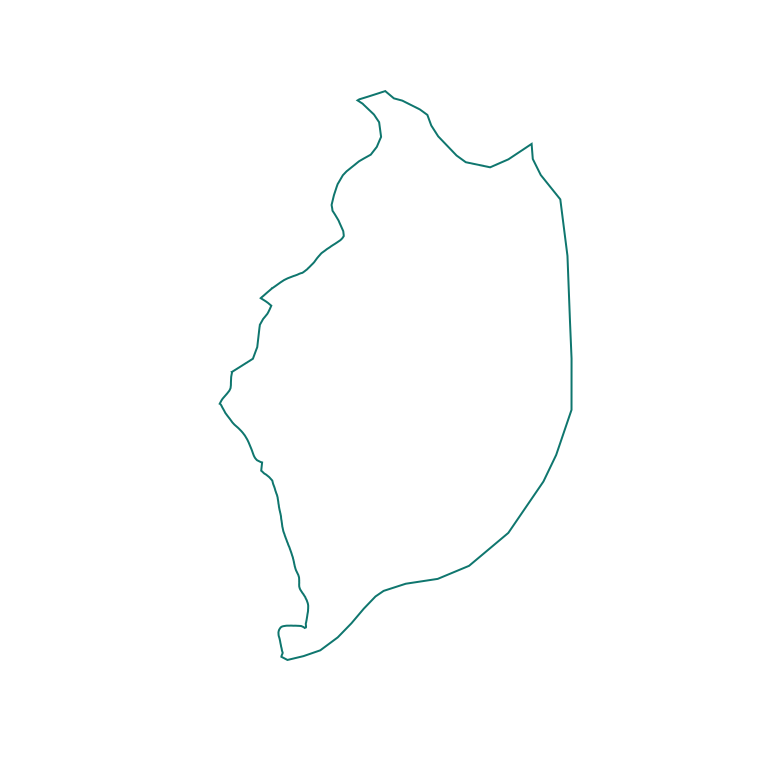 outline of La Guerre, Dauphin, Saint Lucia, rotated 36°
{"feature_id": "8701671B53039174443584", "entity_name": "La Guerre", "entity_type": "district", "adm_level": 2, "iso_a3": "LCA", "parent_name": "Saint Lucia", "parent_adm1": "Dauphin", "projection": "natural_earth1", "projection_center": [-60.926, 14.021], "detail": "fine", "context": "isolated", "style": "outline", "palette": "teal", "viewbox_px": 768, "rotation_deg": 36, "n_neighbors": 0, "source": "geoboundaries", "source_scale": "gbopen_adm2", "svg_char_len": 5589}
<svg xmlns="http://www.w3.org/2000/svg" viewBox="0 0 768 768"><g transform="rotate(36 384 384)"><path d="M555.7,310.2L550.9,294.7L520.8,253.2L497.8,224.2L457.1,172.5L418.1,131.0L388.0,122.8L372.1,114.5L362.3,103.0L352.6,129.1L342.5,146.3L319.8,156.5L308.4,156.5L282.3,151.8L270.3,147.1L260.9,140.8L251.6,140.8L232.2,144.0L224.1,147.1L212.8,146.3L209.0,151.6L205.4,156.5L202.4,160.6L196.7,168.2L195.9,170.1L202.1,169.8L203.2,170.0L217.5,171.9L222.9,173.9L226.2,175.1L234.7,184.0L236.4,185.8L237.2,189.5L238.8,196.4L238.6,202.6L238.5,206.2L235.1,213.5L232.9,218.5L228.7,234.0L228.0,239.3L228.8,247.1L229.0,249.5L229.8,252.2L232.5,260.6L236.0,269.1L236.4,270.0L238.9,272.4L240.5,274.1L241.6,274.5L244.7,275.7L250.8,278.3L251.4,278.6L253.2,279.7L261.2,284.3L263.7,287.0L264.5,288.0L264.6,289.5L264.6,290.7L264.3,292.7L264.1,293.5L262.8,297.1L262.2,298.7L262.1,299.0L261.0,301.7L260.1,304.1L259.9,304.9L258.5,308.5L257.9,310.6L256.6,314.6L256.4,315.7L256.2,318.2L256.1,318.8L255.9,321.7L255.9,323.6L255.9,325.2L255.9,326.7L255.8,327.2L255.7,328.2L255.4,330.0L255.2,331.3L255.0,332.7L254.8,333.9L254.6,334.8L254.4,336.4L253.6,339.1L253.5,339.5L252.8,341.6L252.5,342.2L252.3,342.5L251.8,343.0L251.4,343.6L250.7,344.6L250.5,345.0L249.6,346.6L248.2,348.7L247.8,349.2L246.8,350.7L244.4,354.4L244.0,355.0L242.1,358.6L240.6,362.5L239.0,367.3L238.6,368.5L237.8,370.8L237.3,372.3L237.0,372.5L237.1,372.8L235.8,378.3L235.5,379.6L234.7,383.2L234.1,385.6L233.8,387.0L234.5,387.0L235.2,386.9L238.2,386.7L240.1,386.6L241.3,386.6L242.8,386.6L243.8,386.7L246.8,386.9L247.6,390.6L248.2,394.1L248.4,395.9L248.0,402.5L248.8,409.2L249.4,410.1L249.8,411.0L259.8,428.7L260.5,431.4L263.1,440.6L254.1,463.1L253.8,463.7L254.2,463.8L255.0,465.6L256.2,468.1L259.3,472.8L260.8,474.9L262.3,477.6L262.8,480.3L262.7,483.5L262.3,488.2L262.1,490.5L262.1,491.4L262.2,493.1L262.7,496.5L263.1,496.4L264.7,496.8L266.8,497.9L270.5,499.6L272.7,500.7L276.2,501.8L280.0,502.9L283.9,504.2L286.9,504.8L292.3,505.3L296.4,506.0L298.5,506.5L301.8,507.5L306.0,509.3L308.8,510.8L311.9,512.7L315.0,514.6L316.4,515.5L318.4,516.9L320.8,518.5L322.6,519.4L323.7,519.8L326.0,520.3L330.2,519.6L331.5,519.1L335.6,526.3L336.1,526.3L339.7,526.8L341.8,526.6L345.8,526.8L350.4,527.8L352.9,529.9L354.1,530.7L354.7,531.1L355.2,531.4L355.8,531.8L356.3,532.2L356.8,532.5L357.3,532.9L357.8,533.3L358.3,533.7L358.8,534.1L359.4,534.5L360.0,534.9L360.5,535.3L361.1,535.7L361.7,536.1L362.3,536.5L362.8,536.8L363.3,537.2L363.8,537.7L364.4,538.1L364.9,538.6L365.3,539.1L365.8,539.5L366.2,540.0L366.7,540.4L367.1,540.9L367.6,541.3L368.1,541.9L368.6,542.4L369.0,542.9L369.5,543.3L370.0,543.8L370.5,544.3L370.9,544.8L371.4,545.3L372.0,545.8L372.4,546.2L372.9,546.7L373.4,547.1L373.9,547.6L374.4,548.0L375.0,548.5L375.5,549.0L376.0,549.4L376.6,549.9L377.2,550.5L377.8,551.0L378.3,551.5L378.8,552.0L379.2,552.5L379.7,553.1L380.2,553.6L380.7,554.1L381.2,554.6L381.7,555.0L382.1,555.5L382.6,556.0L383.1,556.5L383.6,557.0L384.1,557.6L384.5,558.0L385.0,558.5L385.4,559.0L386.0,559.5L386.5,559.9L387.0,560.4L387.5,560.8L388.0,561.3L388.5,561.7L389.0,562.2L389.6,562.6L390.3,563.1L390.9,563.5L391.4,563.8L392.1,564.3L392.6,564.7L393.1,565.1L393.7,565.4L394.2,565.8L394.8,566.2L395.4,566.6L395.9,566.9L396.5,567.3L397.0,567.6L397.5,568.0L398.0,568.3L398.7,568.8L399.3,569.1L399.9,569.5L400.4,569.9L400.9,570.2L401.5,570.6L402.0,570.9L402.7,571.3L403.3,571.6L403.8,572.0L404.3,572.3L404.8,572.7L405.4,573.1L405.9,573.4L406.4,573.8L406.9,574.1L407.6,574.6L408.2,575.0L408.7,575.4L409.3,575.8L409.8,576.2L410.3,576.6L410.9,577.0L411.4,577.3L412.0,577.8L412.6,578.2L413.0,578.7L413.6,579.1L414.1,579.5L414.6,580.0L415.1,580.4L415.6,580.8L416.0,581.3L416.6,581.7L417.0,582.2L417.5,582.6L418.0,583.0L418.5,583.5L418.9,583.9L419.5,584.3L420.1,584.8L420.6,585.2L421.1,585.6L421.6,585.9L422.1,586.3L422.6,586.6L423.2,586.9L423.8,587.2L424.3,587.5L424.9,587.8L425.4,588.1L426.0,588.4L426.6,588.7L427.1,589.0L427.6,589.4L428.1,589.8L428.7,590.2L429.2,590.7L429.6,591.2L430.0,591.7L430.4,592.2L430.8,592.7L431.2,593.2L431.5,593.7L431.9,594.2L432.4,594.8L432.8,595.5L433.3,596.2L433.7,596.7L434.1,597.2L434.5,597.7L435.0,598.1L435.5,598.5L436.0,598.9L436.5,599.2L437.1,599.5L437.7,599.8L438.3,600.0L439.0,600.3L439.6,600.5L440.3,600.8L440.9,601.0L441.5,601.2L442.1,601.3L442.6,601.6L443.2,601.8L443.8,602.0L444.4,602.3L445.0,602.5L445.6,602.7L446.3,603.2L446.8,603.5L447.4,603.8L448.0,604.0L448.5,604.4L449.1,604.7L449.6,605.1L450.2,605.5L450.8,605.9L451.3,606.3L451.9,606.8L452.3,607.2L452.8,607.7L453.2,608.2L453.6,608.8L454.1,609.5L454.6,610.2L455.0,610.9L455.4,611.5L455.8,612.0L456.1,612.6L456.5,613.3L456.8,614.0L457.1,614.6L457.4,615.2L457.8,616.0L458.2,616.7L458.5,617.3L458.8,617.9L459.1,618.5L459.4,619.1L459.7,619.7L460.0,620.3L460.3,620.9L460.6,621.6L460.9,622.2L461.2,622.8L461.4,623.5L461.7,624.0L463.6,626.2L463.9,626.8L463.2,628.0L461.9,627.9L460.7,628.2L459.5,628.4L458.4,629.0L457.3,629.7L456.2,630.4L455.2,631.1L454.1,631.8L453.1,632.6L451.9,633.4L450.8,634.1L449.8,634.9L448.7,635.7L447.7,636.4L446.7,637.3L445.8,638.2L444.8,639.2L444.0,640.3L443.5,641.6L443.5,643.0L443.6,644.4L444.0,645.7L444.6,647.0L445.4,648.0L446.3,649.1L447.3,650.0L448.3,650.7L449.3,651.5L450.3,652.4L451.3,653.3L452.2,654.2L453.2,655.1L454.2,656.0L455.1,656.9L456.1,657.7L457.1,658.6L458.1,659.6L459.1,660.3L460.1,661.1L460.5,662.4L460.8,663.8L461.3,665.0L468.1,664.0L478.8,651.5L489.0,636.9L495.5,616.2L498.3,596.7L499.7,577.7L502.0,560.9L505.3,551.6L519.0,532.8L542.0,510.1L559.7,481.1L572.1,431.4L570.3,369.2L565.0,340.2L555.7,310.2Z" fill="none" stroke="#0f766e" stroke-width="2"/></g></svg>